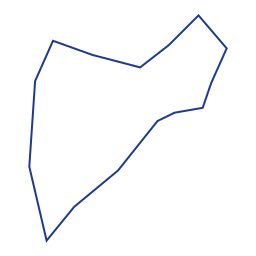 map outline of Saint Patrick (Natural Earth projection)
{"feature_id": "VCT-5068", "entity_name": "Saint Patrick", "entity_type": "Parish", "adm_level": 1, "iso_a3": "VCT", "parent_name": "Saint Vincent and the Grenadines", "parent_adm1": "", "projection": "natural_earth1", "projection_center": [-61.236, 13.231], "detail": "fine", "context": "isolated", "style": "outline", "palette": "blue", "viewbox_px": 256, "rotation_deg": 0, "n_neighbors": 0, "source": "natural_earth", "source_scale": "10m", "svg_char_len": 304}
<svg xmlns="http://www.w3.org/2000/svg" viewBox="0 0 256 256"><path d="M46.6,240.6L29.3,166.7L35.1,81.1L53.0,40.8L92.6,55.0L140.1,67.4L168.8,45.1L198.5,15.4L226.7,48.4L211.2,83.0L202.7,107.8L174.5,112.7L157.5,121.0L118.0,170.5L74.2,206.8L46.6,240.6Z" fill="none" stroke="#1e3a8a" stroke-width="2"/></svg>